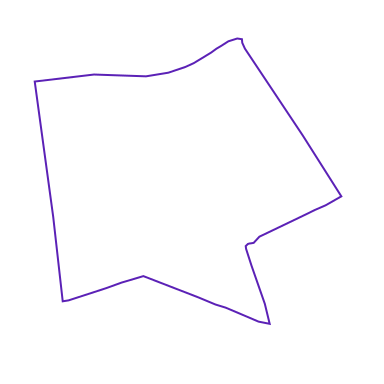 Tamahú, Alta Verapaz, Guatemala (Mercator projection), rotated 170°
{"feature_id": "79465075B44639416757608", "entity_name": "Tamahú", "entity_type": "district", "adm_level": 2, "iso_a3": "GTM", "parent_name": "Guatemala", "parent_adm1": "Alta Verapaz", "projection": "mercator", "projection_center": [-90.254, 15.309], "detail": "fine", "context": "isolated", "style": "outline", "palette": "violet", "viewbox_px": 384, "rotation_deg": 170, "n_neighbors": 0, "source": "geoboundaries", "source_scale": "gbopen_adm2", "svg_char_len": 670}
<svg xmlns="http://www.w3.org/2000/svg" viewBox="0 0 384 384"><g transform="rotate(170 192 192)"><path d="M140.1,131.2L133.4,136.3L81.5,150.8L74.4,152.9L62.7,155.7L45.7,161.8L73.1,228.4L102.5,295.5L115.0,324.0L116.6,330.2L116.3,333.8L120.8,335.3L130.0,334.1L138.2,330.7L143.0,328.9L148.9,326.0L167.9,318.6L176.8,316.3L194.6,313.6L217.2,313.9L268.1,324.7L327.7,328.1L333.0,191.6L338.3,106.8L332.4,106.7L293.3,112.2L277.2,115.0L254.5,117.6L203.7,86.9L188.4,77.1L179.0,72.3L164.8,63.1L149.0,52.8L138.4,48.7L139.7,69.2L146.2,109.2L147.9,121.5L148.6,126.6L148.5,129.4L146.0,131.1L144.4,131.3L142.9,131.2L140.1,131.2Z" fill="none" stroke="#5b21b6" stroke-width="2"/></g></svg>